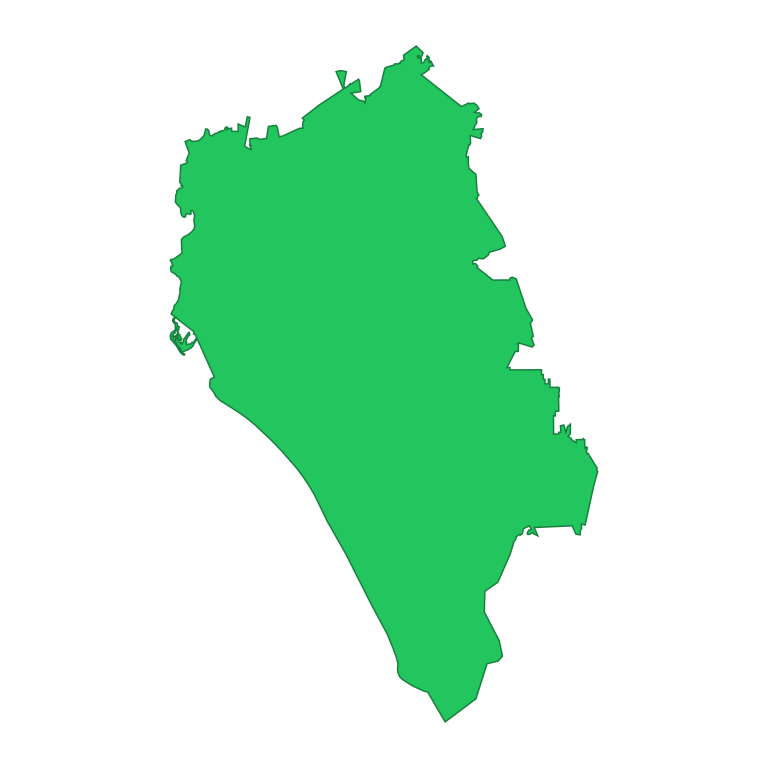 Angostura, Sinaloa, Mexico
{"feature_id": "50627088B44837755081847", "entity_name": "Angostura", "entity_type": "district", "adm_level": 2, "iso_a3": "MEX", "parent_name": "Mexico", "parent_adm1": "Sinaloa", "projection": "robinson", "projection_center": [-108.177, 25.118], "detail": "fine", "context": "isolated", "style": "filled", "palette": "green", "viewbox_px": 768, "rotation_deg": 0, "n_neighbors": 0, "source": "geoboundaries", "source_scale": "gbopen_adm2", "svg_char_len": 6075}
<svg xmlns="http://www.w3.org/2000/svg" viewBox="0 0 768 768"><path d="M533.3,336.4L530.4,323.4L532.6,320.0L526.0,308.3L516.2,278.9L512.1,277.2L510.0,278.1L509.7,280.0L492.9,280.1L477.0,267.5L477.7,266.0L475.3,263.5L472.8,264.0L472.7,261.1L474.7,260.4L476.4,260.4L478.8,258.4L483.4,258.8L488.3,255.1L489.3,252.3L500.0,249.1L505.4,246.3L502.2,236.6L476.3,198.4L477.4,198.1L477.8,195.7L478.9,195.1L477.1,191.9L475.9,174.4L469.0,168.4L468.3,164.0L468.3,156.8L466.4,157.0L466.2,154.9L468.7,145.1L469.6,145.3L470.6,143.2L470.2,135.5L480.5,138.6L481.4,136.9L481.6,136.0L481.3,133.3L482.8,131.6L483.0,128.7L473.2,129.6L474.5,127.4L474.8,125.8L476.9,122.7L476.4,119.1L476.8,118.2L477.6,116.9L478.9,116.8L479.5,116.0L481.0,116.5L481.7,114.8L479.3,112.8L477.1,113.0L474.5,112.4L479.0,108.7L476.6,105.0L473.9,103.1L469.7,103.7L468.7,103.0L461.5,106.6L421.1,74.7L424.4,73.0L429.3,69.2L428.7,67.6L431.1,66.0L433.5,66.0L430.8,61.1L429.6,62.5L428.6,61.6L429.3,60.4L429.0,57.2L427.2,55.7L426.8,56.5L427.7,56.9L426.8,59.3L425.9,58.8L423.6,62.5L421.2,63.0L421.3,58.8L418.4,58.0L418.1,58.5L418.2,57.9L417.1,56.6L417.7,55.6L419.1,55.9L418.7,57.2L421.2,57.4L423.1,52.7L416.2,46.1L403.5,55.2L404.2,60.1L401.6,60.8L399.9,62.6L400.2,63.5L394.2,64.1L394.2,65.1L386.6,67.1L384.8,68.5L380.4,86.5L380.0,86.3L379.6,87.5L370.2,94.5L370.3,95.6L364.7,96.3L364.9,97.7L365.9,97.6L364.9,103.0L364.1,101.5L361.1,100.4L360.6,100.7L357.8,99.3L351.1,93.2L360.7,91.6L359.4,80.7L358.6,79.2L351.0,84.1L350.4,83.6L347.2,86.8L344.9,88.1L343.8,85.5L346.3,71.7L340.6,70.6L336.1,71.6L343.2,89.1L319.8,104.6L302.3,118.1L304.4,120.1L303.1,121.4L302.6,126.2L303.1,128.1L299.5,128.3L282.5,136.1L279.6,136.6L279.2,136.6L277.4,127.6L276.0,125.3L268.4,126.5L266.5,138.4L260.0,139.4L256.9,138.0L249.9,138.8L250.0,144.4L251.6,146.0L249.9,145.1L251.2,149.4L250.6,149.6L244.6,146.3L250.0,117.4L247.3,116.8L245.3,126.9L238.1,124.1L238.2,131.4L231.6,131.4L231.6,128.2L228.8,128.6L226.9,129.9L226.8,129.3L227.7,128.5L227.8,127.9L227.1,127.0L226.2,127.1L225.3,127.7L224.1,130.4L223.2,130.9L221.7,130.7L219.9,131.6L219.7,132.1L218.9,131.8L217.0,133.3L215.4,133.4L211.4,136.0L209.6,135.0L208.8,130.6L207.2,129.1L205.7,129.0L204.2,135.2L202.3,137.6L198.9,140.5L196.3,141.2L191.9,141.4L189.8,139.7L185.1,141.6L189.2,153.1L186.2,160.5L187.6,162.1L185.8,163.5L180.8,165.1L180.7,165.6L179.8,181.9L180.0,182.6L181.2,183.8L181.1,185.9L182.6,185.9L182.9,186.3L181.8,188.1L179.5,188.3L176.7,190.9L176.8,193.0L175.9,194.6L175.4,202.1L177.4,204.7L180.3,207.6L180.6,208.6L180.9,213.0L182.0,215.8L183.4,217.0L184.9,217.1L185.6,216.6L185.8,214.6L186.7,213.7L187.9,213.7L190.2,214.4L191.1,213.7L190.9,211.3L191.8,210.4L192.9,210.9L194.7,215.7L194.0,219.2L194.0,221.9L194.7,225.6L194.1,228.9L191.7,231.8L188.2,234.6L183.1,237.4L181.4,239.8L181.9,253.3L173.1,259.4L170.8,259.4L170.3,260.5L171.7,262.5L172.2,264.7L172.6,265.1L172.6,266.2L170.9,266.4L170.7,270.3L171.6,272.0L174.0,273.2L176.3,275.0L177.0,276.2L178.8,276.9L180.8,280.3L181.3,282.0L179.9,289.1L180.0,292.5L178.4,300.1L175.5,304.6L174.2,305.5L173.7,309.6L172.6,310.5L171.2,314.1L194.1,331.8L193.5,333.8L195.5,335.1L214.4,377.2L210.5,379.0L210.0,380.8L209.7,386.3L210.3,387.8L213.6,392.2L215.9,396.3L220.2,400.6L238.4,412.1L246.8,418.1L255.6,425.4L271.8,440.7L281.5,450.8L297.0,468.6L303.1,476.8L310.2,487.6L314.7,495.3L327.1,521.0L345.8,553.9L371.7,605.2L387.2,634.0L394.0,650.6L396.3,657.3L398.0,663.7L397.5,669.5L398.3,673.8L399.8,676.9L402.5,679.5L413.1,686.2L424.7,691.4L427.6,691.9L445.1,721.9L475.9,698.8L487.0,663.8L498.1,661.0L502.5,656.1L499.1,640.4L484.3,612.0L484.9,591.2L497.8,582.3L510.1,554.4L514.0,541.6L515.8,539.2L516.1,536.9L518.8,534.6L519.5,534.6L520.0,535.3L522.2,533.9L523.4,528.7L529.5,525.8L531.3,529.6L528.7,530.2L527.3,532.9L527.5,534.4L529.8,534.4L532.7,532.3L533.3,533.6L537.8,535.8L534.2,527.5L572.2,525.8L575.9,534.1L580.1,534.9L580.3,530.5L581.5,529.0L581.5,524.0L585.1,525.1L593.8,485.5L597.7,471.6L597.0,470.8L596.7,469.8L597.2,468.2L588.0,453.3L587.2,453.8L586.5,452.7L586.2,450.1L587.0,450.0L587.0,448.3L587.4,448.0L586.5,446.9L584.8,448.1L584.7,439.6L583.7,439.7L583.2,438.7L582.6,439.6L576.2,439.6L576.2,442.8L571.8,439.8L570.8,438.0L568.0,436.3L570.3,434.0L570.5,424.1L567.4,426.7L565.9,432.3L563.9,425.0L560.4,425.8L560.9,432.3L558.8,432.3L558.8,434.1L553.6,434.1L553.5,415.8L555.3,415.9L555.3,411.3L558.8,411.1L558.6,396.8L559.2,396.8L559.2,395.3L558.9,395.1L559.0,393.8L558.6,393.7L558.6,392.7L559.1,392.2L559.4,388.3L558.6,388.3L558.6,387.3L550.0,387.4L549.9,379.2L548.4,379.2L548.4,383.8L545.0,383.8L544.9,379.2L543.3,379.1L543.3,374.6L541.5,374.4L541.5,369.8L510.0,369.9L510.0,367.5L506.9,367.6L515.2,351.5L518.3,351.4L518.5,343.7L517.8,343.7L518.6,342.9L532.2,347.0L534.1,345.1L531.3,337.5L533.3,336.4ZM186.6,344.7L186.0,342.7L186.7,342.2L186.2,341.3L186.2,339.9L188.4,335.9L189.3,335.5L189.8,334.6L189.2,332.4L188.5,332.6L184.2,338.8L183.4,340.1L183.4,341.1L182.3,343.4L181.7,343.5L181.7,344.1L181.1,344.0L181.3,342.4L179.4,342.5L178.6,340.3L176.9,338.5L176.9,337.5L177.5,336.5L177.9,336.6L177.9,338.9L180.4,340.4L181.1,340.3L181.7,338.3L180.8,338.1L180.5,336.5L179.6,335.5L179.8,334.9L177.3,335.2L178.3,334.6L178.5,333.4L177.0,334.1L175.4,337.0L175.6,340.8L176.5,343.7L178.0,346.4L179.8,347.6L180.4,348.5L181.6,352.0L183.6,351.8L184.6,351.0L187.8,349.9L191.3,347.7L193.0,346.0L194.1,343.5L197.2,339.0L196.5,338.0L193.2,342.8L192.9,343.0L192.1,342.3L190.8,344.3L189.2,343.8L186.6,344.7ZM172.3,336.5L173.6,333.7L175.2,332.9L175.0,332.0L175.3,329.9L171.5,332.7L170.9,333.9L170.3,335.6L170.6,339.0L176.5,345.9L180.2,352.2L182.8,354.7L184.3,355.1L184.7,354.6L184.4,353.9L182.6,353.4L180.7,351.6L176.3,343.9L175.7,341.1L175.1,341.0L174.8,341.5L174.1,339.7L173.4,339.5L173.7,337.4L174.9,336.5L174.9,336.1L174.2,336.0L172.3,336.5ZM178.9,327.5L179.4,327.0L177.4,325.5L177.3,323.7L176.8,323.0L174.9,322.1L174.2,321.1L174.3,319.5L175.3,317.6L173.4,318.4L172.9,319.1L172.7,321.1L175.5,325.1L175.2,329.7L175.5,329.8L176.8,328.0L176.7,330.2L177.8,333.1L178.2,332.7L177.7,331.2L178.8,329.8L178.9,327.5Z" fill="#22c55e" stroke="#15803d" stroke-width="1.5"/></svg>